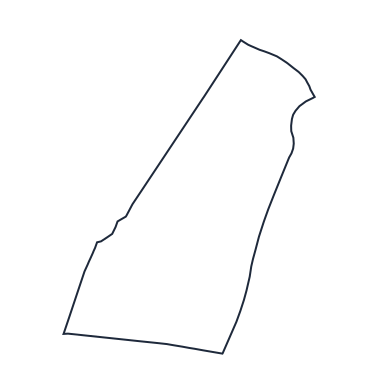 the district of Al Mutun, Al Jawf, Yemen, rotated 7°
{"feature_id": "15242507B16554732287122", "entity_name": "Al Mutun", "entity_type": "district", "adm_level": 2, "iso_a3": "YEM", "parent_name": "Yemen", "parent_adm1": "Al Jawf", "projection": "natural_earth1", "projection_center": [44.619, 16.313], "detail": "fine", "context": "isolated", "style": "outline", "palette": "slate", "viewbox_px": 384, "rotation_deg": 7, "n_neighbors": 0, "source": "geoboundaries", "source_scale": "gbopen_adm2", "svg_char_len": 1217}
<svg xmlns="http://www.w3.org/2000/svg" viewBox="0 0 384 384"><g transform="rotate(7 192 192)"><path d="M191.7,97.1L190.9,98.7L140.6,199.1L134.4,211.4L129.9,223.2L129.3,224.5L124.4,228.2L121.7,230.3L120.4,236.1L117.9,243.3L116.2,244.8L113.7,247.0L107.7,252.1L103.9,253.5L102.6,259.3L101.3,263.4L101.3,263.7L99.1,270.8L98.2,273.5L97.2,277.0L95.3,283.0L95.0,283.9L94.5,286.4L90.2,307.5L85.5,330.7L82.2,346.7L81.8,348.5L86.2,347.7L138.8,346.8L157.5,346.5L177.8,346.1L178.9,346.1L185.7,346.0L191.4,346.3L201.4,346.7L208.0,347.1L213.9,347.3L222.5,347.8L241.9,348.7L242.1,348.3L247.2,331.2L251.9,315.4L254.5,304.1L256.7,292.8L258.1,283.2L259.6,269.1L259.9,258.6L260.7,251.1L262.1,241.5L263.9,228.2L266.8,213.2L267.3,210.9L269.8,199.8L273.8,184.4L278.5,166.9L284.2,145.9L286.0,141.6L287.1,136.6L287.1,131.6L286.0,125.8L283.1,119.5L282.3,114.1L282.3,107.4L282.8,104.0L283.0,102.9L284.9,98.7L288.2,93.7L294.0,88.2L300.3,84.1L302.2,82.7L300.3,80.2L297.2,76.0L295.5,72.6L293.0,69.2L291.0,66.3L287.8,63.4L283.3,59.9L277.3,56.4L270.6,52.3L264.0,49.0L259.7,47.0L251.8,44.8L246.7,43.6L241.7,42.6L235.4,40.7L233.3,40.1L229.8,39.0L224.9,36.7L222.0,35.3L192.0,96.6L191.7,97.1Z" fill="none" stroke="#1e293b" stroke-width="2"/></g></svg>